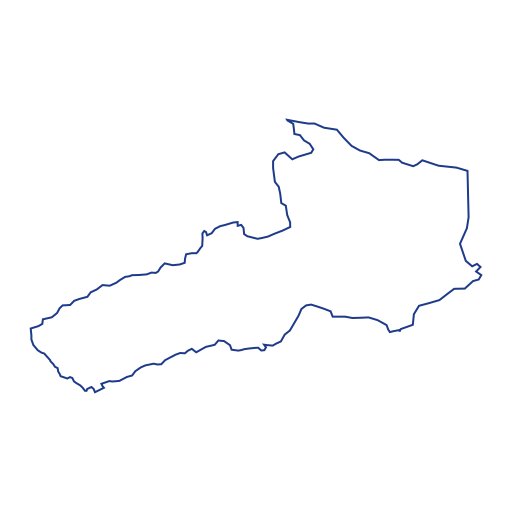 the district of Kato Lefkara, Larnaca, Cyprus
{"feature_id": "46923920B54112432115071", "entity_name": "Kato Lefkara", "entity_type": "district", "adm_level": 2, "iso_a3": "CYP", "parent_name": "Cyprus", "parent_adm1": "Larnaca", "projection": "robinson", "projection_center": [33.345, 34.873], "detail": "fine", "context": "isolated", "style": "outline", "palette": "blue", "viewbox_px": 512, "rotation_deg": 0, "n_neighbors": 0, "source": "geoboundaries", "source_scale": "gbopen_adm2", "svg_char_len": 2712}
<svg xmlns="http://www.w3.org/2000/svg" viewBox="0 0 512 512"><path d="M399.5,331.6L400.7,329.1L412.8,324.8L413.9,314.2L419.0,305.8L428.4,303.3L439.4,300.1L447.8,293.6L454.2,288.8L464.8,288.6L473.0,281.1L478.7,279.5L481.3,275.1L476.1,271.5L480.5,267.0L477.0,263.9L472.2,266.3L465.8,260.9L460.0,243.8L466.9,228.2L468.6,217.2L467.5,170.9L456.4,167.6L438.5,165.7L422.3,160.3L417.3,164.3L413.2,166.2L402.1,162.7L398.7,159.8L385.4,159.7L379.0,160.1L369.2,153.2L359.9,150.5L351.6,145.9L343.6,137.7L336.9,129.7L324.0,127.7L314.4,123.5L308.5,123.6L300.3,122.3L287.1,119.8L287.5,120.5L293.2,123.8L293.9,129.0L294.4,134.0L299.9,135.1L304.0,140.4L309.7,143.8L313.3,149.3L311.2,152.8L298.4,156.6L292.3,159.3L284.6,152.4L278.3,154.2L273.1,161.1L273.1,168.1L274.1,175.7L274.9,181.9L278.7,186.7L280.2,193.6L281.3,203.1L285.8,205.7L287.2,215.0L290.1,222.3L290.2,227.0L282.1,230.8L279.7,231.7L273.8,234.0L267.9,236.6L261.9,238.0L257.6,238.8L253.5,237.8L247.2,236.2L244.1,234.0L243.5,227.9L241.2,224.9L237.7,225.8L237.6,222.1L233.3,222.5L225.3,224.9L220.1,226.2L215.0,228.8L211.7,233.2L207.1,235.3L206.0,232.0L204.2,231.0L202.4,233.5L202.6,238.3L202.2,245.9L200.3,248.2L197.8,251.8L196.4,253.2L191.7,253.2L186.1,254.3L185.0,258.9L184.7,262.8L179.7,264.5L172.7,265.2L164.7,263.4L160.6,267.5L158.1,271.5L155.8,272.9L151.5,272.6L146.6,274.4L138.9,275.0L131.9,275.2L129.6,276.2L127.0,276.6L125.1,276.9L120.3,279.8L116.4,282.7L109.8,285.7L102.5,285.1L96.7,289.5L90.7,292.3L87.4,296.8L79.2,299.0L74.2,300.8L70.1,305.0L62.6,305.4L59.6,308.3L57.1,313.0L51.8,317.3L42.9,319.3L42.3,323.9L38.5,326.1L30.7,328.5L31.4,335.4L31.4,339.5L33.3,344.9L37.7,350.2L41.4,352.6L44.2,353.5L50.1,360.1L50.5,361.3L53.3,364.1L55.0,366.8L57.6,368.1L58.2,371.5L59.7,374.0L60.6,376.2L63.3,377.1L67.3,378.5L70.0,377.1L72.3,378.0L74.0,381.4L76.2,383.0L80.1,385.3L82.3,387.3L85.0,390.8L86.5,390.8L87.2,389.0L91.4,387.0L93.6,388.9L95.0,392.2L97.2,391.1L103.9,387.8L102.7,386.4L101.4,383.8L109.3,381.1L112.5,381.5L119.4,380.9L126.8,377.0L132.1,375.5L135.4,371.1L140.8,367.4L145.3,365.4L153.6,363.7L157.5,364.5L161.3,364.2L165.2,360.1L175.5,354.7L180.2,353.0L184.9,353.3L187.8,350.8L191.8,348.8L196.2,352.3L201.7,349.2L205.8,346.9L214.7,344.8L218.4,340.5L224.1,341.1L230.0,345.2L231.6,349.7L238.3,350.6L241.2,350.1L244.1,349.2L249.1,348.5L254.9,347.9L258.1,347.7L261.3,350.5L264.3,350.2L266.0,347.4L264.1,344.7L267.0,345.1L272.7,345.6L275.8,343.8L280.9,341.4L284.7,334.6L289.9,330.5L298.6,315.6L301.4,309.0L306.1,305.4L311.1,304.6L316.9,306.4L322.9,308.4L330.6,311.3L332.7,316.7L345.3,316.7L352.4,318.0L362.2,317.7L368.5,317.4L377.5,320.1L386.6,325.1L388.2,329.5L389.9,332.1L393.0,331.3L399.5,330.0L399.5,331.6Z" fill="none" stroke="#1e3a8a" stroke-width="2"/></svg>